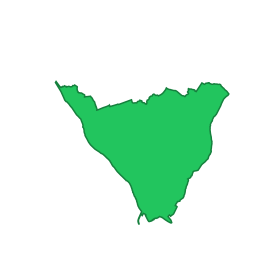 the district of Mahajanga I, Boeny, Madagascar, rotated 297°
{"feature_id": "10022922B60996293868186", "entity_name": "Mahajanga I", "entity_type": "district", "adm_level": 2, "iso_a3": "MDG", "parent_name": "Madagascar", "parent_adm1": "Boeny", "projection": "albers", "projection_center": [46.344, -15.68], "detail": "fine", "context": "isolated", "style": "filled", "palette": "green", "viewbox_px": 256, "rotation_deg": 297, "n_neighbors": 0, "source": "geoboundaries", "source_scale": "gbopen_adm2", "svg_char_len": 5848}
<svg xmlns="http://www.w3.org/2000/svg" viewBox="0 0 256 256"><g transform="rotate(297 128 128)"><path d="M157.6,206.3L160.2,204.2L163.6,201.9L164.8,201.4L166.7,200.4L167.4,200.5L168.5,199.8L169.7,199.7L171.8,199.7L172.6,199.9L173.9,199.4L177.1,199.4L177.8,199.9L180.4,200.5L189.8,200.5L192.2,200.2L197.1,200.1L199.2,200.7L201.1,201.4L202.3,202.2L204.1,202.4L205.6,199.3L206.1,196.8L206.9,195.1L207.0,193.9L207.4,193.2L207.6,192.0L208.3,191.4L208.6,190.5L208.6,190.1L208.5,189.6L208.1,189.2L207.7,188.4L207.6,187.5L207.3,187.2L207.2,186.5L206.6,185.6L206.5,184.6L205.5,183.8L205.0,182.7L204.7,180.2L205.1,180.0L205.1,179.9L204.9,179.7L205.0,179.6L204.7,178.9L203.8,178.2L203.4,177.2L202.9,176.9L202.0,176.6L201.6,176.3L201.7,173.4L191.4,172.2L191.4,171.7L191.3,171.0L191.8,170.8L192.1,170.0L192.1,169.7L191.8,168.9L191.8,168.5L191.5,167.8L191.4,167.4L191.4,166.6L191.2,166.3L191.1,166.0L190.7,165.6L190.7,165.0L190.5,164.8L190.5,164.0L190.3,164.0L190.0,164.1L189.4,164.5L189.2,164.8L188.9,164.9L188.5,164.8L187.1,164.7L186.9,165.1L186.9,165.6L186.3,166.2L185.7,166.2L185.2,165.9L184.3,165.2L183.5,164.8L182.9,164.7L182.3,164.7L181.8,164.4L182.0,163.4L181.4,161.6L181.4,161.2L181.9,158.9L182.7,155.5L182.9,154.4L182.9,153.5L182.7,152.8L182.2,151.9L182.0,151.0L181.5,148.8L181.4,148.1L181.0,147.1L180.9,145.3L181.1,144.0L179.2,144.1L176.0,143.5L174.5,143.1L172.5,142.1L170.4,140.5L170.7,139.5L170.5,139.0L169.9,138.5L169.8,138.0L169.6,137.8L169.8,136.8L170.0,136.0L169.9,135.6L169.1,135.0L168.6,134.9L167.9,135.0L167.5,134.9L167.2,134.6L167.0,134.2L166.6,133.8L166.0,133.6L165.6,133.3L164.8,133.1L164.2,133.5L163.9,133.6L163.4,133.4L162.6,133.4L162.3,133.1L162.1,133.1L161.5,132.5L160.2,132.7L159.7,132.9L159.4,133.2L158.9,133.5L158.3,133.5L158.0,133.3L157.7,133.5L157.3,132.6L157.4,132.1L157.7,131.7L157.8,131.4L157.8,131.0L157.6,130.3L157.3,130.0L157.3,129.5L157.5,128.3L157.8,128.4L158.2,128.3L158.4,128.0L158.3,126.9L158.1,126.1L157.8,126.3L156.7,125.5L156.6,125.2L156.0,124.6L155.0,124.4L154.4,124.4L154.2,124.1L153.6,122.8L153.1,122.2L152.6,121.3L152.6,120.8L152.9,119.9L153.4,119.5L153.9,119.0L154.7,118.3L154.2,117.8L151.4,115.2L144.7,109.0L144.7,108.2L143.7,107.3L138.9,102.2L139.9,101.2L140.0,101.0L139.6,101.0L137.1,98.9L135.0,96.8L130.6,93.0L129.8,92.1L130.1,92.0L130.5,91.9L130.9,91.6L131.8,90.7L132.0,90.4L132.7,89.8L132.6,89.6L132.8,89.4L133.3,89.0L133.3,88.8L134.0,88.4L135.0,87.2L135.9,86.6L136.7,84.8L137.1,84.3L137.2,83.8L138.0,83.0L138.3,82.5L138.4,82.2L138.6,81.8L138.6,81.4L139.3,80.2L137.5,77.5L137.2,76.9L136.7,76.2L135.9,75.2L136.6,74.9L137.0,74.8L137.7,74.4L137.8,74.1L137.8,73.7L137.9,73.2L137.8,72.3L138.0,71.7L138.0,70.5L137.8,70.2L137.5,69.5L137.5,69.2L137.1,68.4L137.1,67.9L137.2,67.1L137.8,66.9L138.0,66.5L138.1,66.1L138.2,65.9L138.6,65.7L139.4,65.1L140.5,64.5L141.5,64.2L141.8,63.9L141.8,63.6L142.0,61.6L142.1,61.0L141.4,60.8L140.9,60.0L140.8,59.6L139.4,59.3L138.6,58.2L138.4,57.5L138.4,56.8L138.2,56.2L137.7,55.8L137.4,55.3L136.7,54.8L137.0,54.3L136.6,53.9L136.5,53.7L136.8,53.0L136.8,52.4L136.4,52.4L136.2,52.0L135.9,52.0L135.7,51.9L135.7,51.7L135.4,51.5L135.3,51.3L135.4,51.0L135.1,50.9L135.0,50.7L134.4,50.6L134.3,50.3L134.0,50.2L134.1,49.7L133.5,49.4L136.8,42.8L135.6,42.7L130.0,51.8L125.2,57.8L124.2,58.9L123.4,60.8L123.6,61.5L122.6,64.3L121.3,66.8L120.4,69.1L117.0,75.1L116.4,76.2L115.7,78.6L115.0,80.3L114.6,81.8L113.7,82.8L113.4,83.0L111.8,84.9L110.8,86.0L109.4,87.0L108.4,87.2L108.1,87.6L107.8,88.4L107.3,88.9L105.9,90.0L105.3,90.3L104.5,90.8L103.7,91.5L102.8,92.6L101.9,93.1L101.4,93.7L99.4,96.7L97.5,99.3L96.0,102.2L95.3,104.4L94.2,108.0L94.1,108.9L93.6,113.7L93.2,115.3L93.3,117.3L92.7,119.7L91.6,123.1L91.5,123.6L91.2,124.7L90.5,126.7L89.9,127.4L89.6,128.1L88.3,130.0L87.3,131.5L86.5,134.1L85.8,135.2L85.0,136.8L84.3,138.2L82.6,143.2L82.2,144.7L80.9,148.7L80.6,149.8L80.3,150.2L80.5,150.8L80.3,152.3L79.5,154.4L77.6,157.0L76.6,158.0L75.4,159.3L74.3,160.2L73.8,160.9L72.9,161.4L72.6,162.1L70.2,164.6L69.9,165.0L69.8,165.7L68.9,166.5L68.8,167.0L68.3,167.2L68.2,167.7L67.9,168.1L66.8,168.9L65.0,170.7L64.5,171.0L62.8,172.7L62.3,173.6L61.8,174.1L59.8,178.0L58.8,178.2L52.4,178.5L50.7,178.8L49.7,179.1L48.6,179.9L47.4,181.1L47.6,181.4L49.4,179.8L50.6,179.2L51.3,179.0L54.4,178.8L57.0,178.6L57.1,179.4L56.7,179.9L56.8,180.2L56.7,180.3L56.4,180.4L56.4,180.5L58.9,180.4L58.9,181.1L59.0,181.6L59.0,181.9L58.9,182.1L58.9,182.5L58.6,182.8L58.6,183.0L58.3,183.0L58.2,183.2L58.3,183.5L58.0,183.5L57.7,183.7L54.9,187.5L54.2,188.8L54.2,189.3L55.4,190.7L55.5,190.8L55.7,190.7L56.0,191.0L56.2,191.4L57.3,191.4L57.7,191.7L57.4,192.1L58.2,192.7L58.5,192.4L59.0,192.4L59.6,193.1L60.0,193.2L60.1,193.4L60.2,194.0L60.5,194.3L61.0,194.9L61.6,195.4L61.9,195.4L63.3,196.4L63.5,196.4L63.7,198.5L63.8,198.6L63.8,198.9L63.7,198.9L63.7,199.6L63.2,202.5L62.8,206.2L62.8,208.9L63.0,209.6L63.4,209.9L63.6,209.9L63.9,209.6L65.3,208.1L65.3,207.9L65.5,207.8L67.2,203.9L68.6,204.1L69.3,204.4L68.7,206.0L70.8,206.9L70.9,207.1L72.2,207.6L74.1,207.6L80.1,207.5L80.2,207.2L80.3,207.0L80.4,206.5L80.3,205.4L81.2,205.4L81.5,205.2L81.8,205.2L83.0,205.4L84.8,205.5L85.1,205.6L85.5,206.5L85.8,206.7L86.3,207.4L86.8,207.3L87.6,207.2L89.9,208.4L90.6,208.8L92.3,208.9L93.1,208.5L94.6,208.5L96.4,208.1L98.5,207.4L99.1,207.0L100.7,207.0L102.1,206.5L104.8,206.4L107.3,205.8L108.2,205.8L109.0,205.5L109.6,205.0L109.7,204.4L110.2,204.7L110.9,205.2L111.4,205.8L112.3,206.2L113.1,206.2L113.7,206.0L114.6,206.6L115.3,206.4L118.3,205.9L119.6,206.4L121.2,208.6L122.2,209.6L128.7,210.3L129.9,210.7L132.6,211.9L133.7,212.3L134.4,212.3L136.9,213.3L139.3,212.8L141.2,212.8L141.4,213.0L142.0,213.1L142.4,213.1L142.7,212.9L143.3,213.0L144.5,212.9L145.4,212.6L145.7,212.0L146.6,211.8L147.9,211.4L150.3,210.4L150.9,210.3L152.7,209.6L153.4,209.1L154.1,208.9L154.4,208.5L155.0,208.1L155.3,207.7L157.6,206.3Z" fill="#22c55e" stroke="#15803d" stroke-width="1.5"/></g></svg>